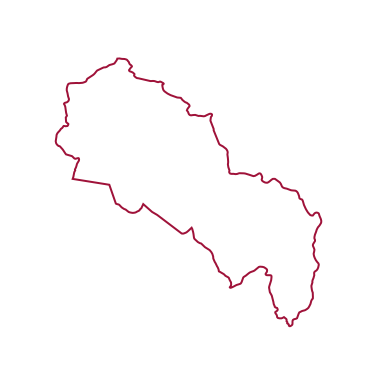 Nuevo Celilac, Santa Bárbara, Honduras, rotated 43°
{"feature_id": "27666195B84873430448704", "entity_name": "Nuevo Celilac", "entity_type": "district", "adm_level": 2, "iso_a3": "HND", "parent_name": "Honduras", "parent_adm1": "Santa Bárbara", "projection": "mercator", "projection_center": [-88.362, 14.974], "detail": "fine", "context": "isolated", "style": "outline", "palette": "rose", "viewbox_px": 384, "rotation_deg": 43, "n_neighbors": 0, "source": "geoboundaries", "source_scale": "gbopen_adm2", "svg_char_len": 5988}
<svg xmlns="http://www.w3.org/2000/svg" viewBox="0 0 384 384"><g transform="rotate(43 192 192)"><path d="M353.1,187.6L352.1,186.4L348.9,183.2L347.8,182.7L346.4,181.8L344.4,180.2L343.3,179.2L341.8,176.1L340.9,175.2L340.3,174.2L339.6,172.2L338.6,170.3L338.2,169.5L337.0,168.4L336.2,167.4L336.1,166.3L336.5,164.6L336.5,163.6L336.4,162.9L335.8,161.2L334.4,158.8L333.7,158.3L333.1,158.0L331.2,157.8L329.1,157.4L326.7,156.5L325.1,155.7L323.8,154.8L323.0,154.1L321.8,152.0L320.9,150.7L319.9,150.1L317.4,149.0L316.6,148.4L316.1,147.4L315.4,144.0L314.7,143.2L313.1,142.4L312.3,141.5L311.1,139.5L309.8,136.3L308.9,134.5L308.2,132.0L308.1,129.6L307.7,127.5L307.5,126.7L307.2,126.1L306.3,125.0L305.0,124.1L304.0,123.6L301.9,122.7L299.4,121.3L298.9,121.3L298.1,121.5L297.4,121.9L296.9,122.3L296.4,123.2L296.2,124.1L296.4,126.8L296.0,127.2L295.2,127.8L294.1,128.2L290.8,127.9L288.5,127.3L286.6,126.7L282.7,125.1L279.4,123.1L278.3,122.6L277.5,122.5L276.0,123.2L275.0,123.3L274.4,123.0L273.3,122.1L271.6,121.2L269.8,120.4L268.6,120.2L267.4,120.3L266.6,120.6L264.2,122.5L263.2,123.2L259.1,124.9L256.9,126.2L255.8,126.6L254.8,126.7L254.0,126.6L251.5,125.5L249.8,125.1L243.8,125.8L243.0,126.4L242.1,127.4L241.8,128.7L241.5,131.2L241.2,132.8L240.7,133.9L239.8,134.7L238.8,135.3L237.4,135.7L236.2,135.9L235.2,135.8L234.5,135.4L233.6,133.7L232.9,133.0L231.6,132.4L230.5,132.0L229.6,131.9L228.9,132.1L228.5,132.5L228.2,133.1L227.8,134.8L227.1,137.1L226.2,138.4L225.7,138.7L222.2,140.3L218.5,142.1L217.3,142.9L214.1,145.7L213.6,146.3L212.7,148.0L211.8,149.1L209.6,150.7L208.9,151.5L207.9,152.2L207.3,152.5L206.2,152.4L205.8,152.2L205.3,151.7L204.7,150.7L201.7,149.1L199.3,147.2L198.6,146.1L197.5,144.9L195.1,142.7L192.3,140.4L191.1,138.7L190.2,138.0L188.9,137.5L187.4,137.2L183.3,137.6L180.4,138.4L179.5,138.4L179.0,138.3L166.8,132.6L165.9,132.2L164.8,131.1L156.9,127.3L155.9,126.0L154.8,124.4L154.7,123.9L154.6,122.9L154.3,122.3L153.8,121.7L153.3,121.6L152.4,121.9L151.5,122.9L150.4,125.6L149.7,127.6L149.0,128.6L146.1,130.7L144.8,132.0L141.8,133.4L140.3,135.0L139.0,136.6L138.5,136.9L137.8,137.2L136.8,137.2L135.9,136.9L134.7,136.2L132.6,135.8L132.0,134.2L131.7,131.0L131.1,130.4L130.2,130.1L127.3,130.3L126.0,130.9L124.5,131.1L122.1,131.2L120.6,130.9L119.6,130.8L118.5,131.6L116.7,133.0L110.2,135.8L106.9,136.7L103.7,137.1L102.4,137.1L101.5,136.9L100.3,136.3L99.0,135.4L97.7,134.4L97.2,133.8L97.2,133.5L97.5,133.2L97.6,132.8L97.5,132.3L97.3,132.0L96.6,132.0L94.3,132.6L93.7,132.8L93.3,133.1L93.0,133.5L92.7,134.3L92.1,134.9L91.3,135.4L89.0,136.4L87.7,137.4L86.4,138.8L85.8,139.3L75.4,145.3L74.1,146.2L73.5,146.4L71.3,146.6L70.6,146.5L70.1,146.2L69.6,145.1L69.3,144.9L67.2,145.0L65.9,145.4L64.4,146.1L63.7,146.2L63.2,146.1L62.8,145.7L62.7,144.9L62.5,143.4L62.5,141.3L62.4,141.1L62.0,140.9L61.0,140.8L59.5,141.0L58.4,140.7L57.4,140.1L54.5,139.7L53.8,139.8L52.0,140.7L49.9,142.5L47.9,143.8L46.4,145.4L46.8,146.2L47.1,147.3L47.6,150.9L46.8,152.6L45.0,155.5L44.3,158.7L43.7,159.8L42.5,161.1L42.2,161.7L39.8,167.8L39.8,169.1L40.0,171.3L40.0,172.7L39.8,174.1L38.2,180.6L39.0,183.1L39.0,183.7L38.7,184.5L37.6,186.6L36.9,187.4L35.1,189.4L33.3,190.9L29.0,195.3L28.1,196.7L27.9,197.6L28.2,198.6L29.1,200.5L30.0,201.9L31.1,203.1L33.5,204.6L36.2,206.6L38.6,207.9L39.1,208.6L39.5,209.6L39.5,210.8L39.3,211.7L38.2,213.5L38.1,214.4L38.3,214.9L39.7,215.3L41.2,216.1L45.9,219.9L48.5,221.5L48.9,223.6L52.1,226.6L53.6,226.7L55.0,226.5L55.3,226.7L55.6,227.2L55.9,228.1L55.8,228.8L54.7,230.1L53.2,231.1L53.1,231.4L53.4,233.6L53.1,235.3L53.4,237.1L53.4,240.2L53.7,241.6L54.1,242.7L55.2,244.1L57.7,247.8L59.2,248.9L60.7,249.4L62.9,249.4L63.9,248.8L64.4,248.7L68.6,249.1L73.1,250.2L74.2,250.4L75.0,250.0L79.6,247.7L80.2,247.6L83.0,247.7L83.4,247.6L84.0,247.3L84.4,246.7L85.5,245.0L86.0,244.6L86.5,244.7L87.2,245.2L87.9,246.2L88.6,249.5L88.9,250.3L89.5,251.3L90.4,253.2L91.0,255.3L91.2,255.5L91.8,255.8L92.4,257.8L95.0,262.0L95.8,263.8L126.6,243.1L144.2,252.4L145.4,252.0L146.8,251.2L147.5,251.0L150.8,251.2L151.9,251.1L154.0,250.7L155.4,250.1L159.3,249.8L160.8,249.1L161.9,248.4L162.8,247.8L163.8,246.7L164.7,245.4L165.2,243.8L165.9,242.1L166.1,241.2L165.8,240.5L166.0,238.4L164.6,234.1L176.4,233.8L182.2,232.5L212.7,229.4L213.8,228.6L214.4,227.7L215.2,226.0L215.5,225.2L215.8,223.0L216.1,218.4L217.5,218.9L218.9,219.8L219.8,220.3L221.6,221.6L224.4,223.9L225.2,224.4L225.9,224.6L230.4,224.6L232.5,224.1L233.9,223.4L239.1,223.5L244.3,222.5L244.9,222.5L247.2,222.8L249.1,223.4L251.4,224.7L252.8,226.0L253.3,226.3L256.3,227.6L257.8,228.0L261.1,229.3L262.3,229.6L264.2,230.5L265.8,231.7L266.7,231.4L271.2,230.4L272.5,230.4L273.6,230.5L276.7,229.7L277.5,229.7L279.7,230.7L282.2,231.5L283.6,232.8L283.9,233.2L284.4,234.2L284.6,235.9L284.8,236.0L285.1,236.0L285.6,235.7L286.1,234.8L286.9,232.8L288.0,229.6L289.4,227.2L290.0,226.0L290.0,225.2L289.7,224.0L288.1,220.3L287.8,219.6L287.8,218.8L288.0,218.0L288.4,216.5L288.9,212.8L289.2,211.4L289.7,210.2L290.9,207.9L291.3,206.7L292.0,201.3L292.4,200.6L292.8,200.1L294.7,198.6L296.1,197.9L297.7,197.6L299.2,197.5L299.9,197.7L300.4,198.1L301.2,199.3L301.6,201.5L301.9,201.9L302.4,202.1L303.0,202.0L303.6,201.7L305.8,199.6L306.5,199.2L307.0,199.1L307.6,199.4L308.5,200.4L310.1,202.6L312.9,208.4L313.6,209.4L317.3,212.2L320.2,213.1L321.2,213.5L326.5,216.9L328.2,218.2L330.5,219.2L330.8,219.5L331.8,219.5L333.3,218.8L334.4,219.2L334.9,219.6L335.2,220.2L335.2,221.1L334.8,222.9L335.0,223.3L335.4,223.6L336.3,223.9L337.3,224.0L338.5,224.6L339.8,225.5L340.8,225.5L342.0,224.8L343.5,223.5L344.1,222.4L344.6,220.8L347.4,220.6L347.9,220.7L348.5,221.1L349.0,221.6L349.2,222.0L350.6,222.2L351.0,223.0L351.7,223.1L352.3,222.9L353.0,222.9L353.4,223.1L354.0,223.7L354.8,223.6L355.2,223.3L355.5,222.7L355.8,221.6L355.8,220.6L355.4,219.9L353.5,217.8L353.2,217.1L353.1,216.5L353.4,215.5L354.6,213.6L354.9,212.7L352.9,208.0L352.6,206.9L353.7,203.9L355.1,201.7L355.4,201.1L356.0,198.7L356.1,197.3L355.8,195.8L355.0,193.1L353.4,190.1L353.0,188.4L353.1,187.6Z" fill="none" stroke="#9f1239" stroke-width="2"/></g></svg>